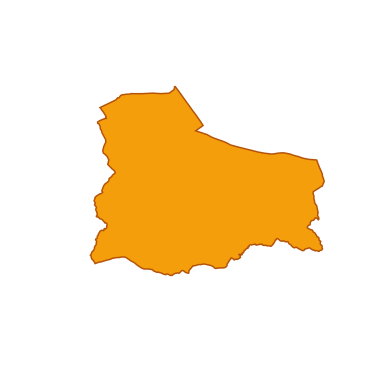 Kilolo, Iringa, United Republic of Tanzania (Mercator projection), rotated 235°
{"feature_id": "72390352B38467377597679", "entity_name": "Kilolo", "entity_type": "district", "adm_level": 2, "iso_a3": "TZA", "parent_name": "United Republic of Tanzania", "parent_adm1": "Iringa", "projection": "mercator", "projection_center": [36.065, -7.785], "detail": "fine", "context": "isolated", "style": "filled", "palette": "amber", "viewbox_px": 384, "rotation_deg": 235, "n_neighbors": 0, "source": "geoboundaries", "source_scale": "gbopen_adm2", "svg_char_len": 5985}
<svg xmlns="http://www.w3.org/2000/svg" viewBox="0 0 384 384"><g transform="rotate(235 192 192)"><path d="M189.0,71.5L187.9,75.4L186.8,77.7L185.1,83.0L183.9,85.9L183.2,89.1L182.7,89.9L181.5,92.8L180.3,94.3L179.9,95.3L178.8,97.6L177.2,99.7L176.2,100.4L170.7,102.4L167.5,104.1L163.2,105.3L160.3,106.4L158.3,107.3L157.1,108.1L156.3,108.7L154.0,112.1L151.2,114.9L150.4,115.2L149.5,115.2L146.5,117.1L145.6,118.5L144.3,119.5L143.3,120.4L141.4,121.3L139.3,123.1L139.2,123.5L139.3,123.9L139.2,124.4L138.6,125.2L136.4,126.2L135.8,126.7L135.5,127.5L135.0,128.1L135.3,129.1L135.2,129.6L135.0,131.5L134.4,132.6L134.1,133.6L133.9,133.9L133.1,134.5L132.9,135.2L133.0,136.4L133.4,137.5L133.4,138.7L133.3,138.9L132.9,139.4L132.2,139.9L130.1,140.5L128.9,141.2L127.6,142.4L127.5,142.7L127.7,143.0L128.6,143.8L129.4,144.7L130.3,148.1L130.9,150.1L130.9,150.4L130.6,150.5L130.5,151.2L129.7,152.9L129.0,154.9L128.4,156.4L127.8,157.0L127.5,157.6L126.5,160.0L125.7,161.0L121.1,165.2L119.9,166.0L118.2,166.8L117.3,166.7L115.9,167.4L113.9,171.2L112.5,173.2L111.2,175.5L111.2,176.8L111.5,178.2L112.0,178.8L112.9,179.4L113.2,179.9L113.3,180.8L113.7,181.8L114.6,183.6L114.9,185.0L114.9,185.3L115.6,186.2L115.1,186.8L114.2,187.0L113.0,187.6L112.2,187.6L112.0,187.8L112.1,188.5L112.0,189.2L110.8,190.6L110.5,192.5L110.6,194.1L111.3,194.2L111.9,194.9L113.6,194.6L113.9,194.6L113.9,194.9L112.7,196.2L112.0,196.6L111.9,196.9L112.0,197.2L112.7,197.3L112.8,197.5L112.6,197.9L112.6,198.2L112.8,198.3L113.1,198.2L113.0,199.8L113.1,200.2L113.8,200.7L114.2,201.2L113.9,201.9L114.2,203.5L114.5,203.9L114.5,204.3L114.0,205.1L113.9,205.6L114.7,206.1L114.5,206.7L114.9,206.8L114.7,207.5L115.4,208.1L115.4,208.6L115.2,209.7L114.4,210.6L113.8,212.3L113.1,213.5L113.1,213.9L111.8,214.0L111.6,214.2L111.4,214.5L111.4,215.1L110.5,216.7L110.5,217.2L110.0,217.7L109.7,218.7L109.5,219.0L108.8,219.2L108.6,219.7L107.8,219.6L107.6,219.6L106.6,220.8L106.1,221.8L105.6,222.3L104.9,222.5L103.2,224.9L102.3,225.4L102.2,225.8L102.3,226.9L102.7,227.8L102.6,228.1L102.8,228.5L102.9,228.8L102.8,229.1L103.1,229.4L103.5,230.7L104.9,232.9L104.9,233.2L104.6,233.4L105.1,234.1L105.0,234.5L104.9,235.3L103.8,235.7L101.5,236.3L100.6,236.9L100.1,237.8L99.8,238.0L99.6,238.8L98.9,239.3L98.4,239.4L98.0,240.0L97.3,240.3L96.8,241.5L96.2,242.1L94.3,241.8L93.8,241.9L91.6,242.7L90.6,242.7L90.1,242.8L89.9,243.0L89.0,243.0L87.8,243.6L87.6,243.9L87.4,244.1L87.5,244.4L86.9,245.8L84.4,246.8L82.4,248.0L81.1,248.5L80.3,249.3L79.9,250.2L80.4,251.4L80.3,252.1L79.3,255.1L79.0,256.2L78.4,256.5L77.6,256.5L76.7,257.2L75.6,257.4L75.0,258.3L73.5,258.9L73.2,259.1L72.8,260.3L72.4,260.5L70.8,261.6L70.5,262.5L70.7,263.5L70.1,264.7L70.1,265.2L70.6,266.3L71.0,266.3L71.7,266.6L72.7,267.3L73.9,267.8L75.0,267.1L75.7,267.3L77.2,268.2L77.4,268.8L77.7,269.1L78.5,268.9L79.1,268.5L79.5,268.5L81.6,269.6L82.5,269.5L83.6,268.9L84.3,268.9L85.6,269.1L86.3,269.0L87.9,269.2L90.0,268.3L91.0,268.7L91.8,268.7L93.2,267.5L95.7,266.2L96.2,266.0L96.9,266.1L97.3,266.5L98.0,268.4L97.7,268.8L97.4,269.8L97.8,270.4L99.1,271.2L100.0,273.4L99.7,274.3L99.1,275.3L99.2,275.8L99.6,276.7L99.6,277.1L100.1,278.2L98.7,279.4L96.8,279.5L96.8,280.0L97.2,280.5L98.4,281.1L100.2,281.3L100.9,281.5L101.5,282.0L101.9,282.5L102.5,282.9L102.7,283.4L109.2,286.2L113.0,286.3L113.5,286.6L114.0,287.1L116.1,287.8L117.0,288.2L118.5,289.4L120.2,290.0L120.5,290.0L121.0,290.2L121.4,290.6L122.4,291.1L122.7,291.5L122.7,293.1L122.6,294.6L122.6,296.0L122.5,297.2L122.4,297.2L122.5,300.2L122.1,302.3L122.3,302.6L122.9,303.2L123.4,303.9L124.5,306.0L125.0,306.4L125.6,306.7L126.3,306.8L126.7,307.1L128.2,307.5L130.1,308.0L130.8,308.4L132.6,309.2L135.9,309.9L140.0,310.7L141.3,311.1L142.5,311.3L146.7,312.5L151.4,306.8L154.5,303.7L156.6,301.9L160.0,299.4L164.6,295.6L166.5,294.4L170.8,290.3L172.3,288.5L174.6,284.5L176.5,280.5L177.4,279.0L182.6,273.2L186.9,269.0L189.7,266.6L202.0,255.9L208.6,250.4L211.6,249.0L215.1,246.9L222.8,241.4L225.6,239.6L230.5,237.2L240.0,230.1L240.1,239.2L243.9,239.4L253.5,239.4L258.5,239.2L283.7,238.9L288.0,238.7L288.2,238.1L287.7,237.8L287.2,237.0L286.9,237.0L286.6,236.7L286.4,236.3L286.1,235.9L286.1,229.9L287.4,227.7L288.7,225.8L290.3,223.1L293.9,218.5L294.8,217.6L301.7,206.7L307.6,198.4L308.0,197.0L309.7,194.4L311.1,191.5L311.8,190.2L311.9,189.5L311.9,188.8L311.6,187.7L311.1,186.6L311.2,185.8L311.5,185.4L311.8,185.2L311.1,182.4L313.7,166.6L313.9,165.0L313.2,165.2L312.5,165.2L311.1,165.1L307.1,165.2L306.0,165.1L303.5,165.0L303.0,164.9L302.8,164.7L302.6,164.5L302.7,164.1L301.5,164.0L302.5,161.4L303.4,157.3L303.4,154.7L302.4,154.2L301.2,154.8L298.4,154.4L296.3,153.1L294.4,153.1L292.0,152.2L284.4,151.3L282.3,150.0L280.3,146.5L278.6,144.3L276.8,142.5L274.8,141.7L273.0,142.3L269.6,142.9L265.9,142.2L262.9,138.8L256.7,139.8L254.8,140.4L252.5,140.5L251.5,139.7L251.5,137.2L251.3,136.1L250.7,135.2L250.6,131.9L249.2,130.6L248.9,130.1L248.6,129.1L248.5,125.6L248.1,124.2L247.5,122.8L244.9,119.1L244.6,118.7L244.3,118.6L243.0,118.7L242.7,116.8L243.2,116.0L243.1,115.5L243.4,115.1L243.3,112.6L243.5,112.4L243.5,111.4L243.3,110.2L243.0,109.2L242.1,108.5L241.0,106.8L238.9,106.5L238.2,106.3L237.8,105.6L237.8,105.3L237.5,104.9L236.0,104.8L235.2,105.0L234.4,104.9L233.9,104.6L233.6,103.9L233.0,103.3L232.2,102.8L231.2,102.7L229.7,102.4L228.6,101.7L227.4,101.3L227.1,99.8L226.7,99.6L226.0,100.0L224.6,101.2L224.2,101.1L223.2,101.1L221.9,102.0L220.6,102.7L218.8,102.7L218.4,102.8L218.0,103.1L217.0,102.9L216.4,103.0L216.1,103.6L215.5,104.1L214.8,104.1L214.1,103.9L213.4,102.9L212.7,102.6L211.8,101.7L211.3,100.2L211.6,99.8L212.1,99.6L212.2,99.0L212.1,98.7L211.1,97.8L211.1,97.3L212.2,96.5L212.6,95.7L212.6,94.0L212.1,93.1L210.8,90.5L210.3,90.1L210.1,89.0L208.6,87.8L208.4,87.4L208.7,86.5L208.6,86.0L208.0,85.6L206.6,85.6L206.1,85.4L205.6,85.0L205.3,84.4L204.1,83.7L203.5,82.2L203.2,81.2L202.8,80.5L201.7,79.8L201.1,78.8L200.5,77.3L200.3,75.7L199.8,75.2L198.6,73.0L198.5,72.5L197.4,72.5L194.9,71.5L191.7,71.9L190.2,71.8L189.0,71.5Z" fill="#f59e0b" stroke="#b45309" stroke-width="1.5"/></g></svg>